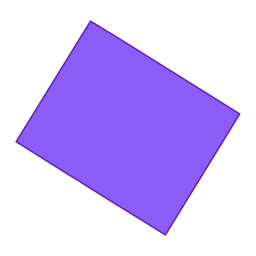 Furnas, Nebraska, United States of America, rotated 32°
{"feature_id": "52423323B60965561562081", "entity_name": "Furnas", "entity_type": "district", "adm_level": 2, "iso_a3": "USA", "parent_name": "United States of America", "parent_adm1": "Nebraska", "projection": "orthographic", "projection_center": [-99.891, 40.176], "detail": "fine", "context": "isolated", "style": "filled", "palette": "violet", "viewbox_px": 256, "rotation_deg": 32, "n_neighbors": 0, "source": "geoboundaries", "source_scale": "gbopen_adm2", "svg_char_len": 460}
<svg xmlns="http://www.w3.org/2000/svg" viewBox="0 0 256 256"><g transform="rotate(32 128 128)"><path d="M216.4,198.8L215.3,56.9L211.6,56.9L71.5,56.9L39.6,57.3L40.4,198.9L41.5,198.9L42.1,198.9L45.3,198.9L103.5,199.1L104.9,199.0L116.8,198.9L118.0,199.0L122.3,199.1L129.7,199.1L158.8,199.1L170.5,199.0L171.6,198.9L174.1,199.0L176.4,199.1L179.5,198.9L184.1,198.9L187.9,198.9L216.4,198.8L216.4,198.8Z" fill="#8b5cf6" stroke="#5b21b6" stroke-width="1.5"/></g></svg>